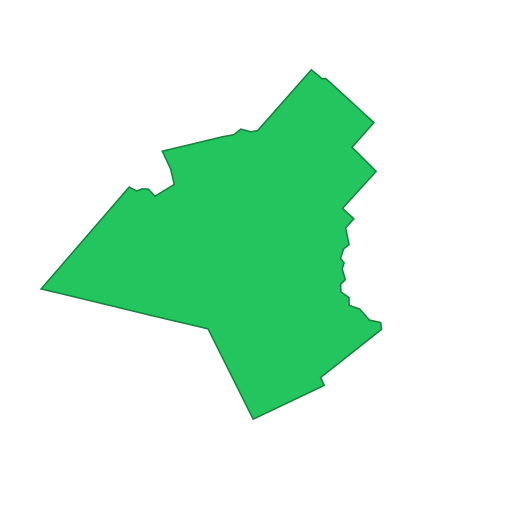 Oneida, New York, United States of America (orthographic projection), rotated 226°
{"feature_id": "52423323B85442507940743", "entity_name": "Oneida", "entity_type": "district", "adm_level": 2, "iso_a3": "USA", "parent_name": "United States of America", "parent_adm1": "New York", "projection": "orthographic", "projection_center": [-75.461, 43.239], "detail": "fine", "context": "isolated", "style": "filled", "palette": "green", "viewbox_px": 512, "rotation_deg": 226, "n_neighbors": 0, "source": "geoboundaries", "source_scale": "gbopen_adm2", "svg_char_len": 770}
<svg xmlns="http://www.w3.org/2000/svg" viewBox="0 0 512 512"><g transform="rotate(226 256 256)"><path d="M160.6,146.9L140.6,140.6L115.5,215.3L123.7,218.0L116.0,295.3L121.5,299.5L131.3,293.0L145.7,293.8L155.8,288.7L161.4,294.0L171.2,292.2L177.0,297.4L176.9,303.8L186.9,309.1L189.8,314.6L195.5,315.1L200.2,323.9L199.6,330.9L214.0,340.0L214.8,352.3L230.1,351.3L230.7,359.4L233.4,401.2L263.3,400.7L267.5,400.6L270.0,433.5L335.4,429.5L337.3,426.7L347.8,425.6L351.5,425.2L349.3,397.0L346.2,358.2L345.1,344.2L349.0,338.5L357.8,333.3L358.7,324.2L365.1,314.7L396.5,261.4L378.0,255.1L364.3,246.9L369.2,224.8L378.9,225.0L383.4,220.8L385.7,215.3L393.7,212.7L381.6,78.5L342.3,103.6L285.2,139.8L236.9,170.9L160.6,146.9Z" fill="#22c55e" stroke="#15803d" stroke-width="1.5"/></g></svg>